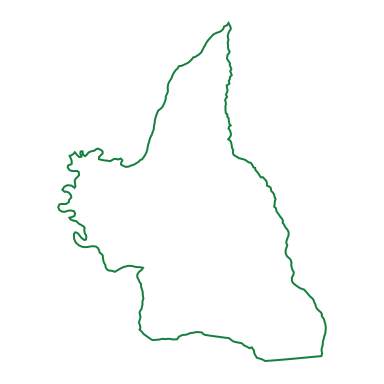 the district of Alto Taquari, Mato Grosso, Brazil
{"feature_id": "56859067B17966611990253", "entity_name": "Alto Taquari", "entity_type": "district", "adm_level": 2, "iso_a3": "BRA", "parent_name": "Brazil", "parent_adm1": "Mato Grosso", "projection": "robinson", "projection_center": [-53.322, -17.773], "detail": "fine", "context": "isolated", "style": "outline", "palette": "green", "viewbox_px": 384, "rotation_deg": 0, "n_neighbors": 0, "source": "geoboundaries", "source_scale": "gbopen_adm2", "svg_char_len": 5132}
<svg xmlns="http://www.w3.org/2000/svg" viewBox="0 0 384 384"><path d="M230.9,339.7L232.8,341.1L234.5,341.8L241.9,343.3L244.4,345.6L247.0,346.7L249.5,348.2L251.8,347.3L252.7,348.8L253.9,350.3L254.4,353.6L255.9,356.1L256.8,357.7L262.0,359.3L265.3,361.0L275.9,360.2L278.7,360.0L290.2,359.0L321.4,356.1L322.1,353.5L321.5,349.9L322.0,347.5L322.7,345.2L322.8,342.9L323.2,340.4L323.9,338.3L324.4,335.7L325.2,333.8L325.4,331.9L325.7,330.0L325.8,327.7L325.4,324.4L324.6,321.7L323.9,319.0L322.8,317.6L321.7,315.9L321.9,313.8L320.5,312.0L318.8,310.6L316.8,308.5L315.8,306.3L315.4,304.3L314.3,302.4L313.4,299.6L311.6,297.7L310.3,296.7L308.9,295.1L307.5,293.3L305.6,291.3L304.1,289.6L302.0,288.9L299.9,288.1L296.6,285.9L294.8,284.5L293.0,283.0L291.9,280.6L291.9,277.5L293.4,274.8L293.8,272.1L292.4,269.8L291.8,267.8L291.2,265.3L291.5,262.4L290.6,259.7L289.3,258.3L287.7,256.9L286.6,255.6L285.6,252.8L285.7,249.6L286.5,247.6L287.3,245.2L286.2,242.8L286.6,240.7L287.3,238.6L288.6,235.3L288.6,232.1L287.3,229.5L285.9,228.0L284.7,226.0L283.8,224.1L282.6,222.9L282.9,220.6L282.1,218.8L280.5,217.1L279.1,215.0L278.0,213.4L276.5,211.3L275.8,208.1L274.1,206.6L274.6,204.3L274.8,201.5L275.6,199.1L274.5,197.0L274.3,195.0L273.0,192.7L271.3,191.0L270.7,187.8L269.4,186.6L267.2,185.9L266.9,183.2L266.4,181.0L264.8,179.3L262.9,177.2L260.9,177.4L259.7,175.8L258.9,174.3L257.5,172.3L255.4,169.9L255.2,167.9L253.4,167.4L252.5,165.1L250.8,162.8L248.6,162.3L246.4,160.7L244.8,159.7L242.4,159.0L239.0,158.2L236.6,156.6L235.0,155.8L233.4,154.5L232.9,152.3L233.2,150.0L232.0,147.8L231.6,144.7L231.1,142.3L230.1,140.5L228.2,139.2L229.7,137.4L230.8,135.6L230.9,133.6L230.1,130.7L228.5,128.4L229.2,126.4L230.7,125.4L229.4,123.9L229.0,122.1L228.7,119.8L228.6,118.0L227.2,116.6L227.4,114.6L225.8,113.0L225.5,110.4L225.5,108.1L225.4,106.3L225.9,104.4L225.7,101.9L225.1,100.1L225.9,98.4L227.1,97.1L225.9,94.6L227.0,92.4L227.6,90.5L227.1,88.4L226.7,85.4L229.4,83.8L228.8,80.7L229.8,79.2L229.9,77.0L231.7,75.3L231.2,73.4L230.2,71.1L231.4,69.1L230.8,67.5L229.8,65.5L230.0,63.3L228.5,61.1L227.0,58.6L227.5,54.8L229.1,53.1L229.6,51.3L228.5,49.7L228.0,47.7L228.1,45.2L227.7,42.5L228.5,39.9L227.9,37.6L227.7,35.8L228.6,32.6L229.5,31.0L230.8,29.1L230.4,26.5L229.2,24.7L228.6,23.0L226.8,25.4L224.1,26.5L223.2,29.0L221.4,30.8L219.3,32.0L216.9,32.7L213.7,34.2L210.7,37.3L208.4,39.9L206.5,42.4L205.1,45.3L203.7,47.5L202.7,49.7L201.3,52.3L199.4,54.2L194.9,57.1L193.3,57.3L191.6,59.6L189.3,61.8L187.7,63.0L183.8,64.8L181.3,65.9L179.0,66.1L177.7,68.3L175.4,70.5L173.9,72.8L172.9,74.4L171.4,78.4L169.0,82.2L168.2,84.1L167.7,87.2L167.9,91.3L167.4,93.0L165.9,96.1L165.6,99.8L164.4,102.9L163.5,104.8L162.7,106.6L160.7,108.7L158.0,110.8L156.0,116.1L154.8,120.5L154.7,123.0L154.0,125.8L153.7,129.4L152.7,132.0L151.7,134.9L150.5,137.1L149.6,139.7L149.2,141.5L148.6,143.3L147.9,145.8L147.3,149.6L146.5,152.2L144.8,155.6L143.4,157.5L142.1,159.4L140.4,159.9L138.5,161.9L133.9,164.7L130.9,165.6L128.3,166.7L125.8,166.9L123.5,166.0L121.0,164.5L121.2,162.4L122.4,160.3L120.8,158.6L118.1,159.5L116.3,158.9L113.9,159.0L110.2,161.2L107.0,160.6L104.1,160.4L101.6,159.9L99.0,159.2L99.0,157.0L102.6,153.5L102.6,151.5L101.0,150.0L98.0,148.6L96.4,149.0L94.5,150.6L91.6,151.2L88.6,152.4L87.0,154.4L85.3,156.1L83.0,154.9L82.5,151.3L80.6,151.5L80.3,153.4L81.4,156.7L79.4,157.1L76.7,154.6L74.9,152.2L72.9,154.4L71.4,155.2L69.6,155.9L71.0,158.8L71.7,161.2L71.7,164.0L68.1,165.5L67.7,167.6L69.6,170.1L71.4,170.8L73.1,171.1L75.5,171.0L77.4,171.1L78.8,172.1L79.0,175.3L77.2,177.2L75.8,178.5L74.7,180.5L75.4,186.3L74.5,187.8L71.6,185.6L67.6,185.2L65.8,185.9L64.1,187.0L62.4,189.7L64.6,191.8L66.7,191.7L69.1,192.8L71.0,195.3L71.3,197.5L69.1,199.9L68.9,202.0L66.1,204.0L61.2,204.0L59.3,204.5L58.2,207.4L59.5,210.1L62.2,211.7L64.8,211.8L68.6,210.6L70.7,210.5L73.9,211.1L75.1,213.4L74.5,215.9L72.1,217.0L69.4,217.7L70.3,219.3L73.6,220.7L76.1,221.1L79.1,223.9L81.3,225.0L83.7,226.5L84.7,228.0L84.2,230.0L84.7,233.1L86.2,235.5L86.3,237.5L85.9,239.6L84.4,240.0L82.6,238.8L81.3,237.7L78.8,234.4L77.1,232.8L75.3,232.3L74.0,234.0L73.9,236.4L74.2,239.1L75.8,242.6L79.0,245.4L82.0,246.7L83.9,247.1L85.9,247.1L87.5,247.0L91.5,246.3L93.5,246.2L95.9,246.6L97.7,247.8L98.9,249.8L99.7,252.6L101.6,254.1L102.7,255.4L103.1,259.1L103.5,261.2L104.2,263.1L105.3,264.9L105.7,267.4L107.1,269.5L108.7,270.5L111.9,270.8L114.9,271.8L120.1,268.7L123.6,267.0L128.0,265.9L131.0,265.9L133.1,266.2L135.2,266.9L137.6,267.1L140.9,267.3L143.0,267.8L141.9,269.6L140.3,270.9L138.8,272.1L137.3,274.5L137.3,277.2L138.9,280.3L139.7,282.4L141.0,283.9L141.1,287.1L142.0,289.5L142.7,292.1L142.8,295.1L143.4,298.7L142.4,301.6L142.5,304.5L141.8,307.4L141.4,309.2L140.2,310.9L139.5,312.8L140.0,314.7L140.5,317.2L139.7,320.0L138.9,322.7L139.9,324.9L140.4,327.9L139.5,329.6L141.6,331.5L143.6,334.0L151.3,339.5L152.9,340.1L155.6,339.8L158.5,339.7L160.7,339.2L163.0,338.8L165.7,339.2L167.4,338.8L169.3,338.8L171.5,339.2L173.6,339.5L177.2,339.2L178.9,336.7L182.4,335.0L185.2,334.8L187.6,334.3L190.4,333.0L192.8,332.8L196.9,332.0L198.9,332.2L201.8,332.4L203.6,334.3L205.2,334.9L210.9,335.8L229.1,338.2L230.9,339.7Z" fill="none" stroke="#15803d" stroke-width="2"/></svg>